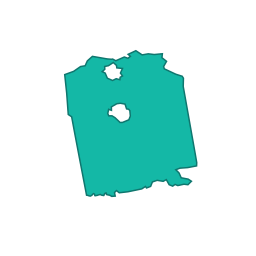 outline of Augusta, Virginia, United States of America, rotated 225°
{"feature_id": "52423323B12422495570897", "entity_name": "Augusta", "entity_type": "district", "adm_level": 2, "iso_a3": "USA", "parent_name": "United States of America", "parent_adm1": "Virginia", "projection": "robinson", "projection_center": [-79.152, 38.18], "detail": "fine", "context": "isolated", "style": "filled", "palette": "teal", "viewbox_px": 256, "rotation_deg": 225, "n_neighbors": 0, "source": "geoboundaries", "source_scale": "gbopen_adm2", "svg_char_len": 1661}
<svg xmlns="http://www.w3.org/2000/svg" viewBox="0 0 256 256"><g transform="rotate(225 128 128)"><path d="M54.9,152.1L61.4,156.7L118.3,196.4L124.0,202.4L126.3,202.9L132.3,199.8L144.2,195.5L146.3,196.7L147.9,202.4L153.7,201.7L156.2,204.8L161.4,198.5L166.1,194.8L169.7,189.7L177.1,188.2L180.0,180.2L177.0,180.4L177.3,177.3L180.8,175.6L184.2,166.9L187.6,165.9L188.3,164.9L191.6,162.1L203.8,153.5L204.2,146.7L202.3,141.7L205.0,137.9L206.5,129.6L210.5,121.0L195.9,109.2L179.8,95.3L175.8,96.1L161.5,86.3L141.8,72.9L109.8,51.2L109.5,51.5L108.2,52.2L107.7,52.4L106.5,53.2L106.0,54.7L106.1,56.5L105.9,57.3L104.9,57.5L103.7,56.8L103.4,56.8L102.0,58.8L101.6,59.7L101.5,60.0L101.1,60.5L100.7,61.4L99.7,61.6L99.1,61.9L97.5,63.0L97.4,63.1L97.5,63.7L97.9,64.3L97.9,64.7L98.1,65.0L98.0,65.9L97.4,66.6L96.8,66.3L96.5,65.9L96.2,65.8L95.8,65.9L95.5,66.2L94.7,66.6L94.2,67.0L93.7,67.4L91.1,68.2L88.9,70.8L91.9,72.8L91.9,75.6L88.4,76.0L83.0,82.8L75.2,94.7L74.3,99.0L72.5,98.7L70.7,102.7L72.6,107.1L70.4,111.6L65.4,115.2L64.4,118.6L58.8,117.0L55.3,118.5L54.8,121.4L52.1,122.5L48.7,127.8L45.5,130.3L45.5,135.2L49.3,134.4L55.2,130.4L60.1,132.3L64.7,132.3L62.9,136.3L57.8,142.2L52.7,149.7L54.9,152.1ZM134.8,138.1L133.2,134.4L135.8,128.1L137.5,126.3L144.6,126.1L147.9,125.3L150.2,123.0L152.5,123.9L154.9,127.5L152.2,128.8L154.7,131.2L153.1,137.2L150.9,140.1L147.0,142.8L142.5,140.5L140.9,141.7L139.0,141.6L134.8,138.1ZM167.9,156.4L171.2,154.5L172.5,150.7L177.8,148.6L183.0,150.7L186.1,149.6L185.9,153.1L188.0,155.0L185.9,158.2L184.7,163.9L180.4,164.1L178.4,162.6L174.0,166.2L172.2,161.5L168.7,160.9L169.4,158.3L167.9,156.4Z" fill="#14b8a6" stroke="#0f766e" stroke-width="1.5"/></g></svg>